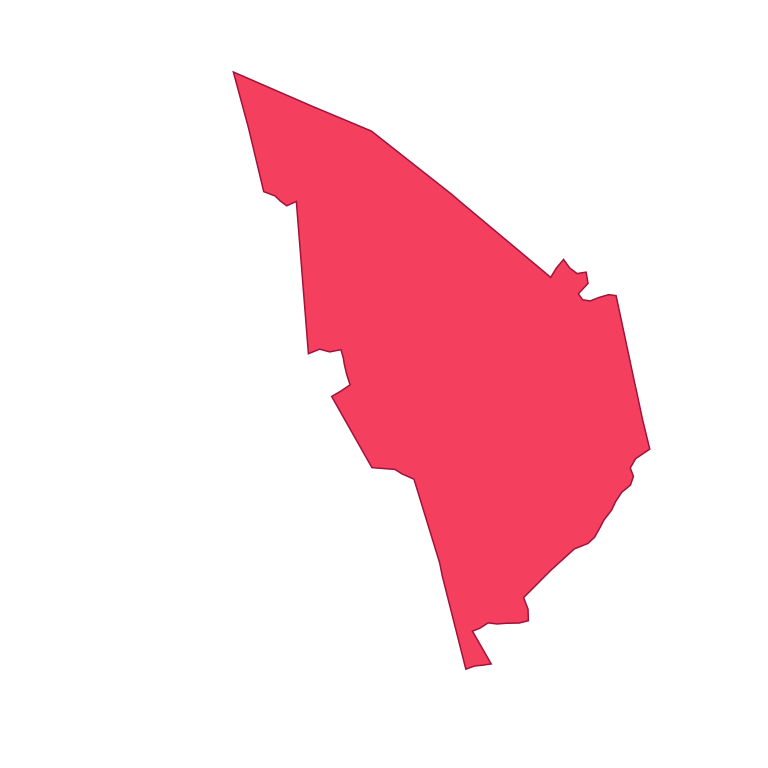 outline of Boquim, Sergipe, Brazil, rotated 295°
{"feature_id": "56859067B73188427981672", "entity_name": "Boquim", "entity_type": "district", "adm_level": 2, "iso_a3": "BRA", "parent_name": "Brazil", "parent_adm1": "Sergipe", "projection": "mercator", "projection_center": [-37.611, -11.099], "detail": "fine", "context": "isolated", "style": "filled", "palette": "rose", "viewbox_px": 768, "rotation_deg": 295, "n_neighbors": 0, "source": "geoboundaries", "source_scale": "gbopen_adm2", "svg_char_len": 1047}
<svg xmlns="http://www.w3.org/2000/svg" viewBox="0 0 768 768"><g transform="rotate(295 384 384)"><path d="M562.2,557.0L559.9,549.8L553.4,542.4L546.3,535.6L544.3,528.4L547.9,522.0L561.4,526.4L570.8,519.9L565.7,512.3L567.6,503.3L572.8,494.1L562.0,491.2L551.1,490.0L581.4,376.2L584.2,366.5L607.9,265.7L605.3,200.1L603.1,115.6L558.9,152.9L507.5,193.7L508.4,205.8L506.0,212.7L504.4,220.5L512.4,227.4L379.5,302.7L388.3,310.9L390.2,321.3L396.9,330.5L390.9,335.7L384.8,339.9L377.2,345.9L368.9,353.6L359.4,347.9L350.6,341.8L303.1,408.4L311.2,430.0L310.1,438.5L310.4,451.4L245.2,510.2L234.8,517.8L187.0,556.8L160.1,578.7L166.6,585.1L170.4,591.5L175.6,599.5L197.4,568.6L202.9,573.9L211.5,579.4L214.3,587.9L218.8,595.9L224.6,607.7L230.5,614.9L240.8,609.7L249.4,600.8L285.4,613.8L315.0,626.2L320.2,631.1L325.8,636.3L334.1,639.6L344.0,640.4L353.4,640.8L366.1,643.6L375.2,643.6L386.3,645.2L396.6,650.1L405.7,649.1L412.0,642.7L422.7,643.6L437.3,652.4L461.0,633.4L483.8,616.2L489.5,611.8L562.2,557.0Z" fill="#f43f5e" stroke="#9f1239" stroke-width="1.5"/></g></svg>